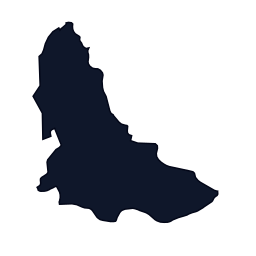 outline of Alicante, rotated 279°
{"feature_id": "ESP-5803", "entity_name": "Alicante", "entity_type": "Autonomous Community", "adm_level": 1, "iso_a3": "ESP", "parent_name": "Spain", "parent_adm1": "", "projection": "equal_earth", "projection_center": [-0.576, 38.363], "detail": "fine", "context": "isolated", "style": "filled", "palette": "ink", "viewbox_px": 256, "rotation_deg": 279, "n_neighbors": 0, "source": "natural_earth", "source_scale": "10m", "svg_char_len": 2137}
<svg xmlns="http://www.w3.org/2000/svg" viewBox="0 0 256 256"><g transform="rotate(279 128 128)"><path d="M184.8,29.0L187.8,31.5L191.8,32.5L198.3,33.2L205.2,35.2L211.4,38.8L216.0,44.0L215.4,44.4L213.9,45.5L215.6,46.3L216.8,47.5L220.7,50.8L222.1,50.4L223.0,52.7L223.1,55.7L222.1,57.1L219.4,57.3L217.0,57.9L214.8,59.1L212.8,61.1L211.1,65.1L210.8,65.6L210.2,66.3L207.5,66.4L206.4,67.0L204.5,68.9L202.9,69.8L201.3,71.1L199.9,74.1L201.0,76.8L198.1,76.1L196.1,76.6L194.2,77.5L191.5,78.0L187.2,78.1L185.2,78.8L183.2,80.5L181.5,83.6L181.4,86.3L181.7,89.0L180.7,91.7L178.5,94.1L176.4,95.0L170.4,95.0L163.9,96.5L160.3,98.0L155.7,101.4L141.9,107.4L139.7,109.0L138.8,111.2L137.7,112.0L132.4,118.1L130.8,120.9L130.3,124.7L130.3,126.6L129.7,127.4L125.1,127.7L123.0,128.3L121.5,129.9L121.0,132.8L115.9,132.5L114.6,140.0L116.7,157.4L115.1,159.7L112.5,160.3L107.3,159.9L104.1,160.8L101.5,163.0L99.4,166.0L97.9,169.1L96.9,171.8L96.3,174.8L95.9,182.9L95.2,195.5L94.9,199.0L93.7,200.7L89.8,202.3L87.1,205.3L85.7,207.9L79.9,223.1L79.5,226.2L79.6,226.4L76.8,227.0L75.7,226.7L75.1,226.3L74.3,225.4L73.2,224.4L72.0,223.7L69.4,222.9L68.3,222.2L62.1,215.5L61.0,214.5L57.0,209.7L56.1,208.2L54.4,204.5L52.5,201.3L51.4,200.0L49.9,197.0L49.8,196.8L47.5,191.9L44.5,186.9L43.9,186.1L43.0,185.2L42.1,183.9L41.2,181.9L40.5,178.4L40.2,174.7L40.9,171.1L41.7,169.1L45.9,162.4L47.0,159.7L47.4,158.2L48.4,152.3L48.9,150.8L49.4,147.6L49.5,145.3L47.4,137.7L45.8,135.0L45.1,134.3L43.3,133.1L38.0,131.2L35.2,130.8L34.0,130.3L33.4,128.5L32.9,125.6L32.9,117.7L33.2,114.8L34.2,112.7L35.1,111.3L40.7,106.0L41.6,104.9L42.3,103.5L42.7,102.0L42.4,97.6L42.9,94.7L44.3,89.4L44.4,84.5L42.0,72.3L44.2,71.6L45.0,71.8L48.5,72.0L51.4,71.5L53.9,70.5L58.4,67.2L59.1,66.5L59.1,65.8L58.2,64.4L57.2,63.2L55.7,60.8L54.8,59.8L53.5,57.8L52.6,55.5L51.9,51.8L52.0,50.4L52.6,49.0L53.9,48.5L55.2,47.5L57.3,49.8L58.4,50.3L59.9,50.4L63.0,49.6L64.4,49.6L65.8,50.6L69.6,54.9L71.7,56.0L81.6,53.4L84.1,53.7L95.5,60.3L98.0,63.3L100.6,64.9L116.2,55.6L114.3,52.8L112.5,51.8L110.5,52.1L107.8,53.1L103.5,45.7L129.3,41.1L144.5,29.3L156.1,34.6L184.8,29.0Z" fill="#0f172a" stroke="#020617" stroke-width="1.5"/></g></svg>